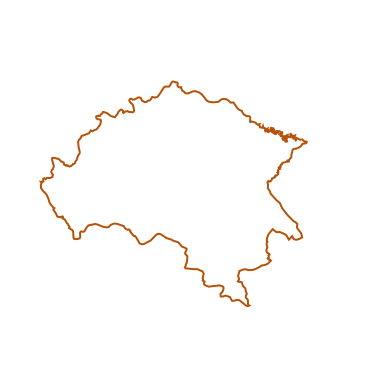 the district of Landak, Kalimantan Barat, Indonesia, rotated 226°
{"feature_id": "22746128B55433427549228", "entity_name": "Landak", "entity_type": "district", "adm_level": 2, "iso_a3": "IDN", "parent_name": "Indonesia", "parent_adm1": "Kalimantan Barat", "projection": "mercator", "projection_center": [109.722, 0.511], "detail": "fine", "context": "isolated", "style": "outline", "palette": "amber", "viewbox_px": 384, "rotation_deg": 226, "n_neighbors": 0, "source": "geoboundaries", "source_scale": "gbopen_adm2", "svg_char_len": 6041}
<svg xmlns="http://www.w3.org/2000/svg" viewBox="0 0 384 384"><g transform="rotate(226 192 192)"><path d="M70.5,154.4L71.7,154.1L72.6,154.6L75.6,157.2L78.7,157.4L79.7,158.4L80.7,160.7L83.6,161.9L85.6,163.4L89.1,163.4L92.4,165.1L93.6,164.5L94.9,163.1L95.8,162.9L96.4,164.9L97.1,165.6L99.7,167.0L102.2,171.3L100.5,175.3L99.0,177.1L96.8,178.1L94.3,180.9L92.9,183.1L91.1,188.6L90.9,190.7L88.7,194.1L87.8,196.6L87.8,201.1L89.2,201.1L89.4,200.6L89.8,200.8L90.8,200.2L91.7,200.4L91.6,201.9L93.0,202.7L93.1,204.3L94.3,204.6L95.0,204.1L96.4,203.9L97.8,204.5L98.8,205.6L99.8,207.7L102.8,209.5L103.5,210.6L103.7,211.6L104.7,211.6L107.0,214.3L107.4,215.3L108.5,217.8L109.2,224.2L105.4,224.6L103.5,225.7L102.5,227.1L101.5,227.7L96.4,229.7L94.5,229.6L90.4,228.6L90.7,233.3L87.6,232.5L86.3,233.0L84.7,234.5L83.6,236.9L82.9,239.8L86.6,241.9L92.7,242.5L94.2,243.5L95.7,245.5L98.6,245.5L100.3,244.8L108.9,244.7L117.8,245.6L122.9,247.5L127.3,247.1L136.2,247.4L138.6,248.6L142.0,249.2L144.5,251.8L146.5,252.9L146.8,254.5L146.5,254.9L145.8,254.9L145.1,256.1L145.4,257.9L146.2,258.8L145.3,261.0L145.7,262.5L145.2,262.4L145.6,264.0L144.9,264.6L145.1,266.5L145.9,267.5L146.1,267.0L146.6,266.9L146.7,267.8L147.7,268.7L148.0,270.1L147.6,270.9L149.2,271.1L149.3,272.5L148.1,272.3L148.0,272.5L148.5,273.1L149.1,273.2L149.3,274.1L149.9,274.9L149.4,275.7L150.2,277.1L147.9,281.2L148.4,282.5L147.9,282.8L146.9,282.5L146.7,283.0L147.7,283.8L148.0,287.6L149.4,288.9L152.3,293.5L152.5,294.3L152.2,295.2L150.7,297.3L149.5,300.7L149.3,301.9L149.9,305.0L147.9,307.8L148.0,309.0L148.6,309.4L150.6,307.9L153.2,307.8L154.4,306.2L158.2,304.8L158.3,304.1L157.1,303.1L157.0,302.5L158.6,302.9L160.0,302.1L161.1,302.2L161.2,302.6L160.1,303.7L161.1,305.5L162.3,303.2L165.2,303.5L165.3,302.8L162.9,301.0L164.8,299.3L165.5,299.4L166.6,300.6L167.0,299.7L167.0,297.8L166.6,296.9L166.0,296.6L165.1,297.8L164.8,297.8L164.4,296.4L162.4,295.7L162.4,295.1L163.4,294.2L165.5,295.1L165.9,294.9L166.2,293.8L167.6,294.0L168.0,294.9L167.7,297.0L167.9,297.3L170.3,294.9L171.8,298.1L172.4,298.3L172.6,297.7L171.8,295.8L172.5,294.8L172.9,294.9L172.5,296.1L172.6,296.8L173.9,297.5L175.2,297.0L175.0,295.2L175.4,294.5L176.0,294.6L176.7,295.6L177.0,295.3L177.0,293.4L175.6,292.6L176.5,291.8L179.2,291.4L178.6,293.7L180.8,294.7L181.5,294.7L181.8,294.4L180.2,293.1L180.0,292.1L180.2,291.4L180.8,291.6L182.0,293.5L183.2,293.5L183.3,292.8L181.5,291.5L181.5,290.4L182.0,289.7L183.9,290.4L182.4,289.3L182.0,288.6L182.8,288.2L183.8,289.3L184.6,287.0L185.0,287.3L184.7,289.3L185.2,290.3L186.0,287.8L186.9,288.7L187.6,288.7L188.6,288.0L190.0,288.8L189.2,287.3L191.2,285.9L192.5,286.7L193.6,286.7L193.9,287.6L194.7,286.1L196.4,285.7L197.4,286.0L201.1,284.1L201.8,282.5L202.7,282.9L204.7,285.3L205.8,285.9L207.0,285.7L209.0,283.7L209.9,283.8L211.5,283.1L214.4,283.6L215.4,284.2L219.2,282.9L222.0,283.0L227.6,284.0L229.3,282.0L233.5,281.6L234.8,281.2L237.1,279.3L238.2,277.5L238.6,273.5L241.7,269.6L245.2,266.8L247.6,266.1L255.3,266.9L258.9,266.2L262.4,264.3L263.8,262.4L265.7,257.6L267.6,255.9L269.1,256.0L271.8,255.4L273.8,256.1L274.9,257.0L276.1,255.5L277.1,255.2L278.4,255.3L278.7,255.4L279.9,257.1L281.0,257.4L282.0,256.5L284.5,255.3L285.1,254.1L283.9,249.9L283.8,248.7L286.5,245.9L286.8,244.6L284.7,235.8L284.5,233.6L284.7,232.6L285.7,230.9L288.0,229.4L287.3,226.8L287.2,225.3L288.1,224.1L288.7,221.4L289.5,220.4L292.6,219.5L295.1,220.5L296.7,219.8L297.2,219.2L298.7,214.5L299.8,213.5L301.3,213.2L301.9,212.1L301.8,211.2L301.2,210.3L298.1,209.7L297.4,210.1L296.2,210.1L293.6,208.8L290.9,207.1L290.3,206.1L290.4,205.1L290.9,204.3L292.3,203.4L293.0,202.5L295.1,201.7L296.4,199.2L296.5,197.6L297.3,197.6L298.4,198.8L300.1,198.6L300.8,197.9L300.8,194.9L300.0,193.0L299.3,188.5L303.0,186.4L307.7,185.7L311.2,183.9L311.4,183.6L310.9,182.0L311.2,180.7L310.7,178.6L311.6,177.7L312.3,177.4L312.9,175.8L312.4,174.9L311.1,174.5L309.8,174.7L308.1,176.1L306.9,176.4L305.3,174.6L304.3,172.7L303.4,167.6L303.6,166.1L304.3,165.0L304.7,162.7L306.6,162.0L305.8,158.6L309.0,151.4L308.0,149.0L308.1,147.2L307.4,145.1L303.2,141.7L299.3,139.4L298.2,138.5L297.5,137.1L297.4,135.5L295.2,131.3L294.9,129.2L294.1,127.8L294.3,126.5L294.8,125.9L294.5,125.3L294.7,123.2L295.3,121.6L297.5,121.1L297.5,120.4L298.4,120.4L298.6,119.7L299.7,119.5L300.3,119.0L301.1,119.1L301.6,119.9L302.4,120.2L304.5,119.2L308.8,119.0L309.6,118.1L311.4,117.2L313.2,115.7L313.5,114.8L311.7,113.3L306.5,110.6L305.2,107.9L305.2,106.4L304.6,105.3L303.8,104.3L301.0,104.0L300.3,102.4L299.7,101.9L300.8,99.4L302.8,97.5L303.1,96.5L302.9,95.6L304.4,95.4L304.4,94.9L304.9,94.3L304.0,93.2L302.8,92.4L303.1,91.5L304.5,90.3L302.9,89.9L302.2,88.3L299.6,86.1L295.5,85.5L294.0,85.8L290.4,85.3L286.8,84.0L283.4,82.2L281.5,81.7L278.9,81.7L277.4,81.4L276.0,81.8L275.9,80.3L275.6,80.0L270.9,79.1L268.0,78.1L267.4,78.2L265.4,79.9L264.6,81.6L264.0,82.0L263.5,81.7L263.0,80.6L260.7,81.4L258.2,80.9L256.7,80.3L255.1,80.5L253.3,79.8L252.1,79.8L251.7,79.5L251.4,78.5L247.5,79.5L245.7,78.7L241.4,75.0L240.2,74.6L238.0,76.5L236.7,78.9L237.1,80.2L240.4,83.1L240.8,84.4L240.5,85.1L239.1,85.9L238.4,87.3L239.7,91.5L239.9,94.3L236.2,100.2L234.1,101.5L228.8,103.9L225.6,106.2L224.7,107.7L224.7,110.9L223.5,113.9L221.3,115.9L214.7,119.3L213.0,118.7L211.2,118.8L209.6,119.5L209.0,120.6L206.7,120.7L206.3,120.0L200.8,119.6L200.0,120.4L198.0,120.3L191.3,118.6L189.1,119.7L188.0,121.2L185.8,128.7L186.1,135.1L185.8,138.0L184.9,139.2L183.2,140.2L176.5,141.7L171.9,144.2L170.1,144.6L165.3,147.2L159.7,146.8L156.6,148.3L154.8,148.6L154.2,147.9L153.1,145.0L152.6,144.4L152.0,144.1L149.3,144.2L146.6,141.5L144.5,138.6L144.6,138.2L143.4,136.3L142.7,134.4L141.5,134.4L135.0,139.9L132.9,142.2L127.6,144.4L125.1,143.7L122.8,140.0L121.2,139.0L121.0,138.3L120.3,138.2L118.9,138.9L117.9,137.0L117.0,136.6L115.4,136.8L112.2,138.4L105.9,146.7L102.9,148.5L101.6,148.4L100.5,147.4L99.3,145.2L98.9,143.2L99.0,141.8L97.0,140.1L95.7,141.0L94.2,144.1L93.5,144.6L90.0,146.3L86.1,145.2L85.3,145.7L82.8,149.8L81.2,150.9L73.5,151.9L71.7,152.4L70.8,153.5L70.5,154.4Z" fill="none" stroke="#b45309" stroke-width="2"/></g></svg>